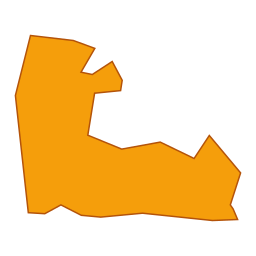 an SVG outline of Atua
{"feature_id": "WSM-4987", "entity_name": "Atua", "entity_type": "state/province", "adm_level": 1, "iso_a3": "WSM", "parent_name": "Samoa", "parent_adm1": "", "projection": "mercator", "projection_center": [-171.556, -13.962], "detail": "fine", "context": "isolated", "style": "filled", "palette": "amber", "viewbox_px": 256, "rotation_deg": 0, "n_neighbors": 0, "source": "natural_earth", "source_scale": "10m", "svg_char_len": 433}
<svg xmlns="http://www.w3.org/2000/svg" viewBox="0 0 256 256"><path d="M112.2,61.5L122.2,80.3L120.6,90.6L94.6,93.2L87.8,135.2L121.7,149.1L160.2,142.1L194.1,158.5L209.3,135.5L240.6,172.9L230.3,204.9L233.1,208.9L237.6,219.5L212.5,220.5L142.5,213.2L100.7,217.1L81.3,215.3L60.9,204.9L44.8,213.7L28.3,212.7L15.4,95.5L30.5,35.5L73.3,40.5L94.8,48.4L81.0,72.2L92.3,74.5L112.2,61.5Z" fill="#f59e0b" stroke="#b45309" stroke-width="1.5"/></svg>